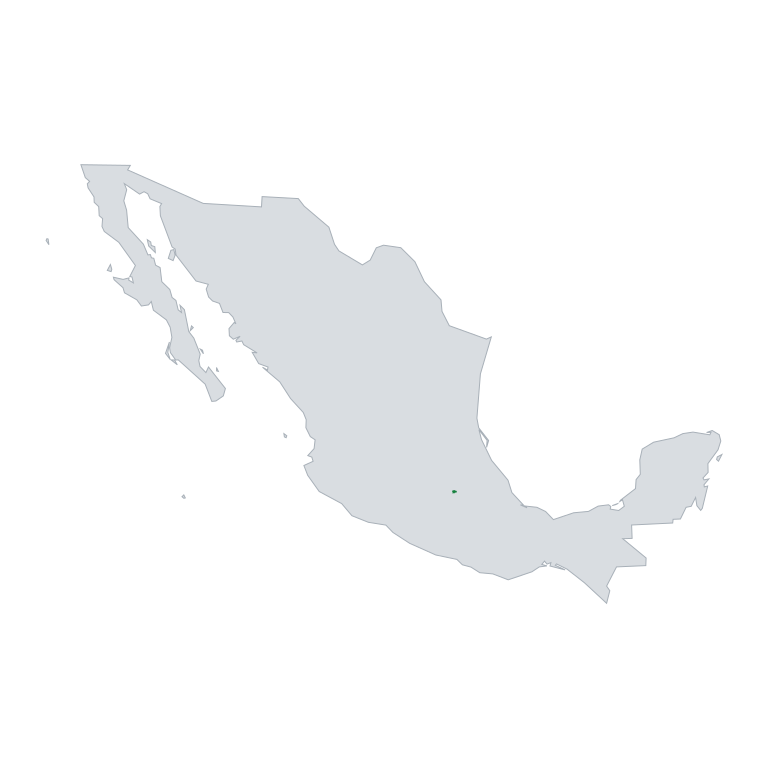 location of Chicoloapan, México, Mexico
{"feature_id": "50627088B10015093996053", "entity_name": "Chicoloapan", "entity_type": "district", "adm_level": 2, "iso_a3": "MEX", "parent_name": "Mexico", "parent_adm1": "México", "projection": "albers", "projection_center": [-98.886, 19.397], "detail": "fine", "context": "in_parent", "style": "filled", "palette": "green", "viewbox_px": 768, "rotation_deg": 0, "n_neighbors": 0, "source": "geoboundaries", "source_scale": "gbopen_adm2", "svg_char_len": 4404}
<svg xmlns="http://www.w3.org/2000/svg" viewBox="0 0 768 768"><path d="M80.9,164.7L130.3,165.4L127.6,169.9L203.2,203.4L261.5,206.9L262.1,196.6L298.3,198.6L304.2,206.2L328.9,227.2L334.5,244.3L338.9,250.9L362.4,264.9L370.2,260.1L376.3,247.8L383.5,245.2L400.8,247.7L414.9,261.7L424.4,281.7L441.0,299.9L442.0,311.4L449.3,325.7L486.4,339.1L491.3,336.9L480.4,373.9L476.9,418.2L478.7,427.8L488.6,440.5L486.6,447.4L487.1,440.4L478.9,429.6L481.5,439.6L491.6,460.4L508.0,480.2L511.9,492.6L523.5,505.1L520.4,504.9L527.0,507.8L524.9,506.0L536.9,507.3L545.6,511.5L553.4,519.6L573.6,512.8L588.5,511.4L598.2,506.1L608.6,504.8L610.8,506.5L610.2,509.1L618.7,510.5L624.3,506.3L622.5,499.8L619.8,501.5L620.5,500.2L635.5,488.6L636.1,479.6L640.3,474.3L639.8,459.9L642.2,449.1L653.6,442.2L674.1,437.8L682.9,433.6L693.0,432.1L709.8,434.8L711.0,432.3L706.6,432.5L712.2,430.5L719.2,434.7L720.8,441.0L718.0,449.8L707.9,463.6L708.1,472.4L703.0,478.0L704.0,479.9L708.9,478.9L704.0,484.7L704.3,486.9L707.7,486.0L702.3,508.4L700.7,510.4L696.9,505.7L695.6,497.5L691.2,506.3L686.1,507.3L680.4,519.0L673.1,519.3L672.7,523.0L631.6,525.0L632.1,538.4L622.7,538.7L646.1,558.0L645.8,565.6L616.5,566.9L606.6,586.1L609.8,590.7L606.6,603.3L584.5,582.8L567.0,569.1L556.5,563.9L555.3,565.3L565.1,569.9L550.0,566.0L550.9,562.6L547.0,564.1L544.5,561.1L541.8,564.4L546.9,565.9L539.3,566.9L531.9,571.8L508.2,579.8L492.8,573.9L479.8,572.7L471.0,567.1L462.4,564.8L456.9,559.4L435.8,555.0L409.8,543.4L393.0,532.5L385.9,525.1L368.4,522.3L351.9,515.7L341.7,503.6L319.2,491.5L307.7,475.3L303.9,465.5L313.1,461.3L311.8,457.1L307.8,455.6L314.1,448.6L315.1,439.8L310.3,436.6L305.9,427.7L306.2,419.7L303.3,412.5L290.6,398.6L279.8,381.9L262.5,367.2L267.5,370.1L268.0,367.0L258.7,363.6L252.2,352.3L257.1,352.9L243.7,344.7L241.9,341.0L236.7,342.0L235.9,340.3L240.1,336.3L233.3,339.2L229.4,335.8L229.0,328.6L234.2,322.5L235.9,323.8L232.9,317.0L228.7,312.6L223.0,312.5L219.5,303.4L212.6,301.0L208.6,297.0L206.2,289.1L208.3,284.3L196.0,281.0L176.0,255.0L175.2,249.1L172.1,247.0L160.4,215.8L159.9,206.5L161.6,203.6L150.1,198.8L147.7,193.7L144.0,191.7L139.6,194.1L124.3,183.6L126.7,189.7L123.8,200.8L126.6,210.2L128.2,227.6L143.4,244.2L147.9,254.9L150.4,254.6L151.4,257.8L153.8,258.3L155.6,265.2L160.1,267.6L161.8,281.7L169.8,289.5L172.1,297.5L175.9,300.4L178.2,309.9L181.5,312.5L180.0,305.3L184.4,309.7L188.8,331.6L193.8,338.1L200.2,354.1L198.8,360.6L200.0,366.5L205.9,372.6L208.5,367.0L225.4,388.5L223.3,395.9L215.9,401.0L211.8,401.4L205.2,384.2L178.3,359.9L175.7,360.0L170.4,352.6L169.6,347.8L171.9,337.4L170.2,327.3L166.4,319.9L153.4,310.2L151.3,301.5L148.5,304.9L141.4,306.0L136.8,299.8L124.5,292.8L123.0,287.7L114.1,279.7L113.4,277.2L123.1,279.4L129.0,277.9L128.7,280.1L133.4,282.9L132.0,277.0L129.8,276.5L135.4,265.5L118.8,242.3L104.3,231.5L102.0,226.5L102.6,218.6L99.2,215.7L98.7,206.6L94.2,202.3L94.0,196.9L88.1,187.9L87.3,183.8L89.6,181.4L85.3,177.6L80.9,164.7ZM175.1,255.2L173.1,260.6L168.3,258.4L170.9,250.3L173.8,249.6L175.1,255.2ZM155.3,252.5L148.7,246.0L147.3,239.7L150.7,242.0L151.3,245.5L154.8,246.7L155.3,252.5ZM718.5,461.2L716.6,459.5L717.3,456.9L721.9,454.5L718.5,461.2ZM170.2,359.5L165.5,353.4L169.4,342.0L167.8,352.4L170.2,359.5ZM111.1,271.6L107.3,270.4L110.4,264.5L111.8,269.3L111.1,271.6ZM48.9,244.7L46.1,240.4L46.9,238.7L48.1,239.0L48.9,244.7ZM174.5,360.0L177.3,364.8L171.1,359.9L174.5,360.0ZM286.8,435.8L286.1,437.7L284.4,436.9L283.9,433.6L286.8,435.8ZM202.5,350.2L203.4,353.8L200.3,349.1L202.5,350.2ZM191.5,325.9L193.3,327.6L190.3,330.6L191.5,325.9ZM185.3,497.9L183.9,498.3L182.0,496.7L183.8,494.9L185.3,497.9ZM615.8,504.6L612.2,505.6L618.4,503.3L615.8,504.6ZM218.4,371.4L216.6,370.9L216.5,367.5L218.4,371.4Z" fill="#d9dde1" stroke="#a8b0b8" stroke-width="1"/><path d="M456.0,491.6L455.9,491.6L455.7,491.5L455.6,491.4L455.4,491.4L455.2,491.3L454.9,491.3L454.7,491.3L454.7,491.2L454.4,491.1L454.3,490.9L454.2,490.9L454.0,491.0L453.9,491.0L453.7,491.1L453.4,491.1L453.2,491.1L453.2,491.3L453.2,491.5L453.2,491.4L453.3,491.4L453.2,491.4L453.2,491.5L452.9,491.7L452.9,491.8L453.0,491.9L453.0,492.0L453.0,491.9L453.2,491.7L453.3,491.7L453.5,491.6L453.8,491.8L453.9,492.0L453.9,492.4L453.8,492.5L454.0,492.5L454.0,492.4L454.1,492.2L454.3,492.1L454.3,491.9L454.4,492.0L454.5,492.0L454.8,492.0L454.8,491.9L455.0,491.8L455.1,491.7L455.3,491.7L455.5,491.6L455.8,491.7L456.0,491.7L456.0,491.6Z" fill="#22c55e" stroke="#15803d" stroke-width="1.5"/></svg>